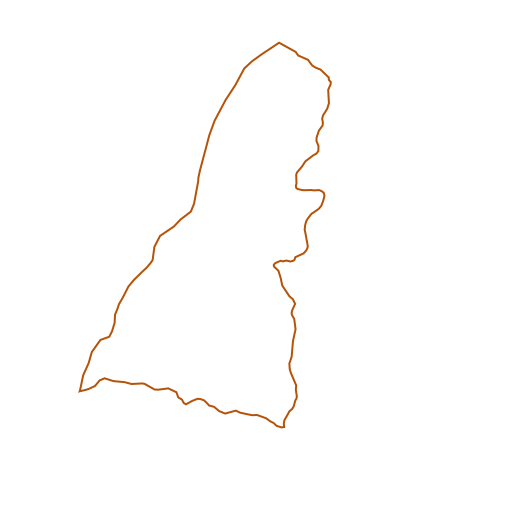 Bolobo, Bandundu, Democratic Republic of the Congo (Mercator projection), rotated 27°
{"feature_id": "63176286B21856672762157", "entity_name": "Bolobo", "entity_type": "district", "adm_level": 2, "iso_a3": "COD", "parent_name": "Democratic Republic of the Congo", "parent_adm1": "Bandundu", "projection": "mercator", "projection_center": [16.431, -2.651], "detail": "fine", "context": "isolated", "style": "outline", "palette": "amber", "viewbox_px": 512, "rotation_deg": 27, "n_neighbors": 0, "source": "geoboundaries", "source_scale": "gbopen_adm2", "svg_char_len": 3027}
<svg xmlns="http://www.w3.org/2000/svg" viewBox="0 0 512 512"><g transform="rotate(27 256 256)"><path d="M252.6,92.3L251.6,86.7L248.9,82.1L244.9,75.2L244.5,68.9L244.0,67.9L243.7,67.1L242.2,66.5L241.0,66.0L240.5,65.2L239.8,63.9L228.8,60.6L225.0,61.0L223.5,61.1L219.5,60.7L214.1,58.0L213.8,57.8L213.5,57.6L204.0,58.1L203.4,58.2L202.5,58.2L198.7,56.1L197.6,56.1L179.7,55.5L169.5,73.7L164.2,84.0L163.4,86.1L160.4,94.2L160.2,104.9L160.0,112.4L160.0,113.1L159.3,119.6L159.1,121.4L158.7,125.2L158.1,130.3L157.7,154.2L158.4,160.0L158.5,160.8L159.3,167.5L159.6,169.8L161.5,178.5L167.2,205.1L169.1,212.3L169.9,214.2L170.6,215.7L177.1,237.7L177.8,246.1L172.2,257.7L169.5,266.9L161.4,281.6L161.3,293.9L165.7,306.5L165.7,306.8L165.3,309.9L163.8,316.3L161.9,321.3L158.1,332.7L156.2,341.0L156.2,353.2L155.8,361.2L156.6,366.5L157.0,372.2L160.4,379.8L161.9,388.5L161.9,394.6L158.6,398.1L155.5,401.4L153.3,416.1L153.4,416.7L155.5,427.3L156.2,440.9L158.1,447.8L160.4,456.4L160.4,456.5L164.0,453.5L164.5,453.1L167.4,450.3L171.6,444.8L172.2,442.1L172.8,439.5L172.9,438.8L173.2,437.8L175.2,435.4L176.6,433.7L185.7,432.2L196.4,428.0L203.1,426.6L212.5,421.2L214.8,420.5L215.1,420.5L219.3,420.7L226.3,421.0L228.9,419.8L229.6,419.5L237.9,413.8L246.9,413.5L251.0,417.3L252.7,417.4L255.3,417.6L258.1,419.6L258.5,419.8L259.5,419.9L261.0,419.9L264.9,414.1L266.6,412.2L268.8,409.7L269.9,409.3L271.4,408.7L275.1,408.2L278.0,409.0L280.3,409.8L282.1,410.5L286.7,409.5L287.1,409.4L293.8,411.0L295.0,410.8L300.0,410.4L308.3,402.9L313.0,402.8L320.9,400.7L322.0,400.4L324.8,399.6L325.7,399.1L329.4,397.1L332.9,396.7L338.6,396.0L343.0,396.7L343.6,396.8L347.4,396.8L347.8,396.9L351.5,398.0L355.6,397.3L356.4,397.2L358.7,395.6L356.9,392.8L355.9,389.6L356.3,379.1L357.6,375.9L357.9,373.1L357.2,369.6L356.6,366.8L356.8,364.8L356.8,364.6L356.1,362.5L353.5,358.9L352.3,357.2L350.5,353.0L340.1,344.3L337.5,341.6L334.5,336.6L334.3,334.8L334.0,333.0L333.5,329.6L329.6,320.0L327.6,315.1L324.5,303.3L322.5,300.4L318.7,294.8L314.8,292.2L313.7,290.8L313.0,288.6L312.8,286.1L312.6,280.9L308.5,277.8L304.0,276.7L299.7,274.3L292.8,270.4L287.9,264.3L282.7,259.0L276.8,257.2L275.9,256.0L276.2,254.0L277.6,252.1L279.3,250.1L280.4,248.9L282.2,248.7L285.1,246.3L289.1,245.3L291.6,243.1L291.8,242.4L292.0,241.7L291.6,239.2L297.2,232.1L298.1,228.8L298.3,226.5L297.9,224.2L295.9,221.3L293.5,218.3L290.0,213.6L287.5,210.6L285.8,206.2L285.0,202.4L285.1,199.4L285.7,196.0L286.3,193.2L287.7,190.8L289.1,188.2L290.6,185.2L291.4,181.5L291.3,181.1L290.9,176.9L290.3,173.8L289.6,171.1L287.6,168.9L285.6,168.5L282.6,168.5L279.9,170.0L278.0,171.2L275.1,172.2L272.3,173.8L268.1,176.0L264.8,176.9L262.4,177.4L260.8,177.0L259.5,175.0L259.3,173.3L254.9,165.3L254.7,163.7L254.6,162.9L256.0,156.9L256.4,155.1L257.0,149.3L257.4,148.4L261.3,140.3L263.3,137.4L263.9,134.2L261.8,129.7L257.6,126.0L256.2,122.9L255.3,116.8L255.1,115.7L255.3,114.7L256.1,109.4L255.5,108.0L255.1,106.9L254.0,105.4L252.7,103.8L252.1,101.3L251.9,100.3L252.3,96.1L252.6,92.3Z" fill="none" stroke="#b45309" stroke-width="2"/></g></svg>